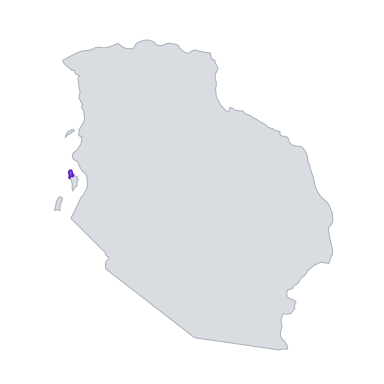 Kusini, Zanzibar South and Central, United Republic of Tanzania (highlighted), rotated 189°
{"feature_id": "72390352B36829534131483", "entity_name": "Kusini", "entity_type": "district", "adm_level": 2, "iso_a3": "TZA", "parent_name": "United Republic of Tanzania", "parent_adm1": "Zanzibar South and Central", "projection": "orthographic", "projection_center": [39.51, -6.327], "detail": "fine", "context": "in_parent", "style": "filled", "palette": "violet", "viewbox_px": 384, "rotation_deg": 189, "n_neighbors": 0, "source": "geoboundaries", "source_scale": "gbopen_adm2", "svg_char_len": 5017}
<svg xmlns="http://www.w3.org/2000/svg" viewBox="0 0 384 384"><g transform="rotate(189 192 192)"><path d="M140.7,274.5L136.4,272.3L132.4,271.0L129.2,269.4L127.7,268.0L124.7,267.4L122.1,267.2L119.7,265.8L114.8,265.4L114.2,264.5L114.1,262.4L113.2,261.9L111.4,261.4L109.5,261.4L108.3,261.7L107.6,261.6L106.0,260.4L104.5,258.9L103.9,256.4L101.6,254.8L98.9,253.6L91.7,253.9L90.6,253.5L88.9,252.3L86.8,250.2L85.1,247.9L83.6,244.7L82.1,240.4L73.5,223.2L72.5,220.0L70.8,216.4L68.1,212.0L65.2,208.7L61.4,205.8L57.0,202.9L54.6,200.9L50.0,192.8L49.1,189.0L48.3,185.1L48.6,183.5L51.2,178.3L51.5,176.9L51.1,175.0L49.7,170.9L47.9,166.1L44.2,157.2L43.7,154.9L43.7,153.2L45.6,144.1L45.6,142.8L53.9,142.8L59.9,138.7L65.1,132.6L66.2,130.1L68.3,126.3L70.4,124.3L71.2,123.0L72.4,119.2L75.1,116.5L77.8,114.5L77.2,113.1L77.6,112.6L79.1,111.5L82.0,110.6L82.5,108.6L82.5,106.3L82.0,105.0L82.1,103.6L81.6,102.8L79.7,102.6L76.9,101.5L74.6,101.1L73.0,100.5L72.4,100.0L72.1,98.6L73.4,95.1L72.1,93.7L75.0,87.9L75.5,87.2L76.6,87.1L78.2,86.4L79.8,86.1L81.0,86.3L82.0,86.1L82.8,85.4L83.5,83.5L84.0,80.2L83.7,77.5L82.5,75.5L82.1,72.4L82.7,68.1L82.3,64.6L80.9,61.9L79.5,60.2L77.4,59.5L74.1,55.3L73.1,53.2L73.3,51.9L74.4,51.4L76.5,51.5L78.5,51.0L80.3,49.8L82.1,49.4L83.1,49.6L166.7,48.5L265.0,102.5L265.4,103.2L266.2,107.9L266.1,109.5L264.5,112.3L264.1,113.7L264.1,114.7L264.5,115.1L265.8,115.2L266.9,115.8L267.3,116.3L268.1,118.4L269.2,119.4L306.5,146.3L307.4,146.7L306.9,148.9L304.8,154.4L304.6,156.7L303.8,159.4L303.0,161.2L300.9,168.9L299.1,171.8L296.6,178.6L296.3,183.7L297.6,187.4L298.1,190.8L301.0,194.1L303.3,195.3L304.8,196.8L307.6,200.3L309.2,203.8L314.1,205.5L316.1,209.4L315.4,212.1L313.1,214.3L310.9,217.9L309.2,222.6L309.2,229.9L310.3,228.8L312.9,230.6L313.3,235.9L310.6,242.1L309.8,245.0L309.6,247.5L311.6,255.0L314.5,258.8L314.3,259.9L313.6,260.9L318.6,267.6L318.2,273.5L320.1,278.0L320.9,281.9L322.1,285.0L322.4,287.0L320.8,289.3L324.5,289.9L326.6,291.8L327.7,293.6L330.3,293.5L331.7,294.8L333.8,295.8L338.4,298.8L339.6,300.3L340.3,301.8L327.8,311.3L323.2,313.8L320.0,314.9L316.5,315.6L313.3,317.1L310.1,319.4L306.2,320.6L301.3,320.6L296.3,322.3L288.3,327.2L283.6,324.5L280.0,323.6L275.8,323.8L273.2,324.1L272.3,324.7L271.5,326.4L270.8,329.1L268.1,331.8L263.3,334.3L258.9,335.3L254.8,334.7L252.0,333.6L250.6,332.1L248.5,331.5L245.7,331.6L243.0,332.7L240.5,334.7L236.4,335.5L230.8,335.3L227.8,334.4L227.3,332.7L224.9,330.8L220.4,328.6L217.0,328.6L214.9,330.8L213.0,332.1L211.3,332.7L209.7,332.7L207.4,332.2L201.2,332.0L195.4,332.1L194.7,329.1L193.5,327.2L192.4,326.1L190.4,325.9L189.8,325.0L189.1,323.1L188.1,321.5L186.7,320.1L185.9,318.9L185.6,317.8L185.8,316.5L187.0,313.3L187.4,311.2L187.2,309.0L186.5,306.7L185.1,304.0L185.2,303.2L184.7,301.4L184.6,300.1L184.9,298.5L184.6,296.4L183.3,291.9L183.3,290.8L182.0,288.6L178.0,283.5L177.8,282.8L171.6,277.7L169.1,276.6L168.2,277.5L167.9,278.4L168.2,280.1L168.1,280.9L167.8,281.3L166.4,281.3L165.5,281.1L163.1,279.7L161.3,279.4L156.8,279.7L155.2,280.0L154.0,279.7L151.6,277.4L148.8,276.9L146.3,276.8L142.1,274.2L140.7,274.5ZM314.8,186.5L316.8,192.3L316.5,193.3L315.1,194.0L314.3,194.0L313.4,193.1L312.8,191.2L311.7,191.7L309.8,189.3L308.0,189.2L306.4,186.5L307.0,184.1L306.6,180.0L308.6,177.9L309.7,174.4L311.0,176.8L311.3,180.5L313.1,184.9L314.8,186.5ZM324.6,152.4L324.8,153.8L324.4,155.1L324.5,159.1L324.3,161.8L322.8,165.6L321.5,166.9L320.4,166.5L319.5,165.9L318.8,164.9L320.2,158.0L319.5,153.0L322.4,153.5L324.6,152.4ZM320.5,235.0L319.0,235.4L318.5,235.0L317.6,233.9L319.1,232.9L320.6,231.1L324.1,228.4L325.7,226.2L325.5,228.3L323.5,232.9L321.8,233.2L320.5,235.0Z" fill="#d9dde1" stroke="#a8b0b8" stroke-width="1"/><path d="M315.1,186.6L315.2,186.9L315.0,186.7L315.0,186.8L315.2,187.0L315.0,186.9L315.0,187.0L314.9,187.0L314.7,187.4L314.0,188.4L313.9,188.6L313.9,188.9L312.9,188.9L312.9,188.6L312.1,188.6L311.9,188.6L311.9,189.4L311.9,190.2L312.0,190.2L312.0,190.3L312.3,190.3L312.4,190.2L312.5,190.0L312.5,189.9L312.6,190.0L312.6,189.9L312.6,190.0L312.6,189.9L312.7,190.0L312.8,189.9L312.9,189.7L313.0,189.6L312.9,189.7L312.9,189.8L312.7,190.0L312.5,190.3L312.5,190.5L312.8,190.6L312.8,190.8L312.9,191.0L313.0,191.0L313.1,191.3L313.1,191.5L313.1,191.8L313.1,192.0L313.2,192.3L313.3,192.4L313.3,192.5L313.4,192.8L313.5,192.9L313.6,193.0L313.7,193.3L313.8,193.5L313.9,193.8L314.0,194.0L314.3,194.2L314.3,194.3L314.4,194.5L314.5,194.5L314.8,194.6L315.0,194.7L315.3,194.6L315.5,194.6L315.7,194.4L315.8,194.4L315.9,194.2L315.9,194.3L315.9,194.2L316.0,194.2L316.3,193.9L316.4,193.7L316.5,193.7L316.7,193.4L316.7,193.2L316.8,193.0L316.8,192.9L316.9,192.6L317.0,192.4L317.0,192.2L316.9,192.0L316.8,191.9L316.7,191.8L316.7,191.7L316.6,191.4L316.5,191.2L316.4,191.1L316.3,190.9L316.3,190.7L316.2,190.6L316.1,190.3L316.0,190.2L316.0,189.9L315.9,189.8L315.9,189.6L315.8,189.4L315.8,189.2L315.8,188.8L315.8,188.6L315.8,188.3L315.7,188.0L315.7,187.9L315.7,187.7L315.8,187.5L315.8,187.1L315.8,186.9L315.7,186.8L315.7,186.7L315.1,186.6Z" fill="#8b5cf6" stroke="#5b21b6" stroke-width="1.5"/></g></svg>